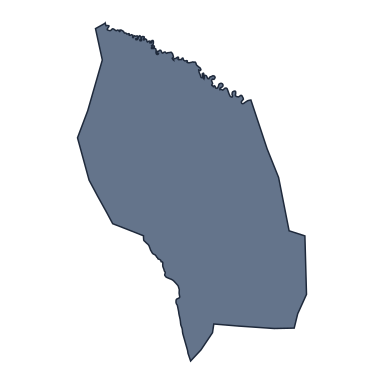 the district of Bayannuur, Bulgan, Mongolia
{"feature_id": "93677404B15769150174360", "entity_name": "Bayannuur", "entity_type": "district", "adm_level": 2, "iso_a3": "MNG", "parent_name": "Mongolia", "parent_adm1": "Bulgan", "projection": "albers", "projection_center": [104.475, 47.85], "detail": "fine", "context": "isolated", "style": "filled", "palette": "slate", "viewbox_px": 384, "rotation_deg": 0, "n_neighbors": 0, "source": "geoboundaries", "source_scale": "gbopen_adm2", "svg_char_len": 5750}
<svg xmlns="http://www.w3.org/2000/svg" viewBox="0 0 384 384"><path d="M250.9,100.0L249.1,100.3L247.7,100.7L246.4,101.5L244.7,102.6L243.7,103.4L242.8,103.7L241.9,103.5L241.5,102.9L241.3,102.2L241.4,101.7L241.6,101.2L242.2,100.8L243.4,99.2L243.2,98.2L241.9,95.7L241.1,95.3L240.5,95.5L239.5,96.3L238.6,96.9L237.0,96.7L236.3,96.4L235.5,95.7L235.4,94.8L235.7,93.9L235.7,93.1L235.7,91.9L235.5,91.4L235.1,91.1L234.3,91.1L233.4,91.4L232.6,91.9L232.2,92.8L232.1,93.8L232.1,94.8L232.5,95.5L232.5,96.1L232.3,96.9L231.8,97.1L231.3,97.0L230.4,96.5L229.8,95.6L228.8,93.3L227.8,90.4L227.1,88.7L226.6,88.2L226.0,88.1L225.1,88.1L224.3,88.7L223.6,89.4L222.8,90.1L222.3,90.0L221.6,89.5L220.8,89.3L220.0,89.7L219.8,89.0L220.1,88.1L220.5,87.8L221.7,87.3L222.2,86.9L222.7,86.5L223.0,85.7L222.9,84.6L222.4,83.8L221.3,83.3L220.3,83.4L219.3,83.9L218.7,84.9L218.5,85.9L218.1,86.9L217.6,87.9L217.0,88.3L215.8,88.1L215.5,87.2L215.0,86.2L214.3,85.8L213.8,86.8L213.3,86.7L212.7,85.7L212.1,85.7L211.8,85.4L211.8,84.7L212.6,83.6L212.2,82.1L211.5,80.9L211.6,80.2L212.1,79.7L212.4,79.2L212.9,79.1L213.3,79.3L213.9,79.4L214.6,78.6L215.1,77.6L214.8,76.6L214.4,76.1L213.6,75.9L213.0,75.7L211.9,76.2L211.2,76.6L210.2,76.8L209.4,77.6L209.0,78.7L208.7,78.7L208.1,78.7L207.7,78.5L207.4,77.9L206.6,76.2L206.2,75.7L205.5,75.4L204.9,75.3L204.5,75.6L204.2,76.0L204.3,76.8L204.3,77.6L204.3,77.9L204.1,77.9L203.9,78.9L203.5,78.4L203.1,77.6L203.1,76.5L203.7,75.1L203.8,74.0L203.5,73.2L203.1,73.2L202.6,73.8L202.2,74.0L202.4,76.2L202.7,76.8L202.3,77.7L201.7,77.7L201.1,77.5L200.9,77.2L200.3,75.0L199.2,72.6L199.0,71.7L198.9,70.8L198.7,70.3L198.7,70.0L199.5,70.3L200.3,70.5L200.9,69.8L200.7,69.0L200.2,68.1L199.7,67.5L198.7,67.0L198.0,66.3L197.3,65.7L196.7,65.2L196.3,64.5L196.0,63.3L195.5,62.4L195.2,62.1L194.3,62.1L193.8,62.3L193.3,62.0L193.0,61.9L192.4,62.0L191.3,62.4L190.4,62.5L189.3,62.8L188.9,62.8L188.0,62.7L187.1,62.4L187.0,62.2L187.3,61.6L187.4,61.1L187.2,60.8L186.8,60.6L186.3,60.7L185.4,60.9L184.6,60.8L183.9,60.3L183.4,59.8L183.1,58.5L183.0,58.2L182.9,58.1L182.4,58.1L182.1,58.3L181.5,59.4L181.3,59.6L181.0,59.7L180.4,59.5L179.9,59.5L179.6,59.5L179.3,59.7L178.8,59.7L178.4,59.6L178.0,59.1L178.1,58.6L178.5,58.1L178.5,57.7L178.4,57.3L177.9,57.1L177.2,57.4L176.7,57.7L175.9,58.4L174.6,58.5L174.1,58.8L173.8,58.9L173.6,59.8L173.7,60.3L173.4,60.1L172.5,58.9L172.2,58.4L172.4,57.9L172.7,57.7L173.3,57.3L173.4,56.5L173.0,55.1L172.5,53.7L171.7,52.7L171.1,52.2L169.7,52.5L167.7,52.7L167.0,53.2L166.4,53.3L165.9,52.7L165.1,52.0L164.4,52.1L164.0,52.2L163.1,52.9L162.6,53.1L162.1,52.9L161.5,51.8L160.9,50.5L160.6,50.3L160.2,50.2L159.6,50.3L159.0,50.8L158.3,51.5L157.5,51.3L156.9,51.3L156.4,51.5L156.4,52.1L156.6,52.5L157.2,52.9L157.9,53.2L158.5,53.7L158.2,54.2L157.7,54.5L156.8,54.4L156.3,53.8L156.0,52.8L156.1,50.3L155.8,49.0L155.5,48.7L154.9,48.4L154.0,48.5L151.6,48.5L151.4,48.3L151.4,47.8L151.5,47.6L153.8,47.6L154.3,47.1L154.4,46.7L154.2,46.0L153.6,45.8L152.7,45.8L152.1,46.2L151.6,46.0L151.5,45.8L151.9,45.3L152.5,45.1L153.1,44.4L153.4,43.2L153.4,42.2L153.4,41.4L153.3,41.0L152.9,40.5L152.3,40.5L151.9,40.6L151.8,41.3L151.7,42.2L151.3,42.9L150.9,42.9L149.9,42.9L149.8,42.6L150.2,42.1L150.4,41.4L150.1,41.1L148.9,41.1L147.5,42.0L147.2,41.8L146.9,41.0L146.7,40.0L146.3,39.5L145.8,39.1L145.5,38.9L144.8,39.1L144.3,39.5L143.9,40.0L143.7,39.9L143.5,39.5L143.4,39.1L144.2,37.9L144.3,37.1L144.0,36.7L143.6,36.6L142.9,36.5L142.2,36.6L141.6,37.1L141.3,37.8L141.6,39.9L141.5,40.6L141.0,40.8L140.2,40.8L140.0,40.7L139.8,40.2L139.9,39.8L140.7,39.2L141.1,38.1L140.8,37.0L140.1,35.9L139.8,35.7L139.4,36.0L138.7,36.7L138.2,37.8L137.9,38.9L137.5,39.5L137.1,39.6L136.1,39.8L135.7,39.2L135.6,38.9L135.8,38.7L136.7,38.5L137.5,38.0L138.0,37.3L138.0,36.6L137.7,36.1L137.2,35.9L136.4,36.0L135.7,36.3L134.5,35.8L134.0,36.2L133.4,37.4L133.1,37.7L132.8,37.6L132.6,37.3L132.7,36.6L132.9,36.0L132.9,35.3L132.6,35.1L132.2,35.0L131.4,34.7L130.7,35.1L130.0,35.3L129.3,35.3L129.1,35.0L129.3,34.4L129.3,34.0L129.0,33.7L128.3,33.7L127.8,33.9L126.8,34.0L126.1,33.2L125.5,33.0L124.4,33.0L124.2,32.7L123.8,32.0L123.5,31.4L121.3,30.1L120.1,30.0L120.1,30.4L120.1,31.0L119.8,31.5L119.4,31.5L118.7,30.5L118.1,30.1L117.4,30.1L116.3,30.7L115.4,30.4L114.8,29.8L113.6,29.0L112.6,28.8L111.9,29.2L111.1,30.1L110.4,30.6L109.3,30.6L107.4,29.9L107.2,29.2L107.6,28.3L108.1,27.7L108.9,26.6L108.9,25.8L107.8,25.5L106.0,25.7L105.2,23.0L105.0,23.3L95.5,28.6L102.3,60.0L87.7,110.8L77.5,137.8L89.1,180.2L97.5,195.9L106.7,212.5L112.7,223.7L116.3,225.1L126.1,228.9L143.5,235.8L143.5,237.7L143.7,240.1L144.1,240.8L144.9,241.5L146.5,243.1L147.8,244.2L148.9,245.5L150.3,249.2L150.5,249.9L152.2,252.9L152.9,253.7L153.3,254.0L154.8,254.7L155.2,255.0L155.7,255.5L156.4,256.5L156.7,257.1L157.5,257.8L157.7,258.1L157.8,258.6L158.0,258.8L158.2,259.0L158.8,259.2L159.7,259.5L160.6,260.2L160.8,260.4L160.9,260.7L161.0,261.4L161.1,261.6L161.2,261.8L162.3,261.9L162.6,262.2L162.8,262.8L162.7,265.0L162.8,266.2L162.9,266.7L164.0,269.6L164.3,270.9L164.7,271.5L165.0,271.9L165.2,272.2L165.2,272.9L165.1,273.5L164.8,274.2L164.7,274.9L164.8,275.4L166.0,277.0L167.1,277.6L169.7,278.7L171.3,279.3L172.7,280.1L173.9,281.1L175.2,282.5L178.0,285.6L178.4,286.7L178.9,288.4L179.3,289.7L179.2,291.1L179.1,293.2L179.5,295.7L179.7,296.3L179.7,296.9L179.6,297.4L179.4,297.6L179.0,298.0L176.7,299.1L176.3,299.6L176.1,300.1L176.0,301.2L176.0,302.5L176.3,303.5L176.6,304.2L177.1,304.8L177.4,305.6L178.6,311.5L178.9,313.8L179.3,315.7L180.1,319.3L180.4,321.4L180.6,323.4L180.8,324.9L182.1,328.5L182.4,330.3L182.5,331.9L182.8,333.7L187.6,350.6L188.0,353.3L190.6,361.0L200.9,350.0L212.5,332.7L213.8,324.0L239.0,326.1L274.2,328.5L294.2,328.1L297.7,313.8L306.5,294.4L304.9,235.9L289.1,230.8L278.6,177.5L267.1,148.8L250.9,100.0Z" fill="#64748b" stroke="#1e293b" stroke-width="1.5"/></svg>